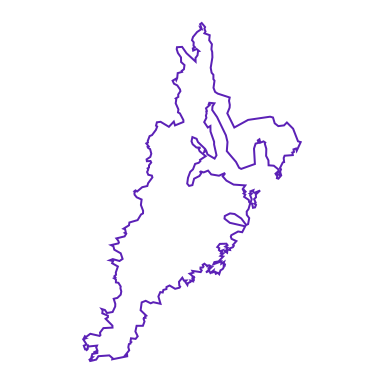 Moskenes nor, Norway
{"feature_id": "86288312B19862201560696", "entity_name": "Moskenes nor", "entity_type": "district", "adm_level": 2, "iso_a3": "NOR", "parent_name": "Norway", "parent_adm1": "", "projection": "albers", "projection_center": [12.984, 67.935], "detail": "fine", "context": "isolated", "style": "outline", "palette": "violet", "viewbox_px": 384, "rotation_deg": 0, "n_neighbors": 0, "source": "geoboundaries", "source_scale": "gbopen_adm2", "svg_char_len": 6011}
<svg xmlns="http://www.w3.org/2000/svg" viewBox="0 0 384 384"><path d="M300.7,142.1L298.0,141.3L293.1,128.7L286.9,122.5L284.0,125.4L278.3,126.1L274.7,123.3L273.0,117.5L270.1,116.7L248.1,119.9L234.3,127.5L227.3,113.3L229.6,107.7L229.8,104.9L229.0,100.8L229.7,97.5L217.7,93.6L215.1,91.9L213.5,87.8L214.5,80.7L213.4,79.2L213.4,74.8L211.6,72.7L210.7,67.8L212.4,57.3L212.2,52.0L211.4,49.3L211.9,44.2L209.2,40.3L209.7,35.2L204.4,33.3L205.5,31.5L204.4,28.7L205.1,27.1L201.7,23.0L200.1,24.2L201.6,28.7L200.5,28.0L201.1,29.3L197.1,32.0L193.0,37.0L192.0,40.2L193.7,42.3L193.5,45.7L194.9,47.2L192.8,48.4L193.2,50.6L196.6,49.0L199.1,51.1L198.0,51.4L197.5,55.3L195.5,58.0L195.6,61.6L186.5,53.2L182.1,46.9L177.0,47.2L176.7,49.2L177.9,53.0L181.0,57.4L181.1,62.0L184.5,65.1L183.9,69.3L181.7,70.9L182.1,71.9L177.7,73.1L177.2,78.0L176.3,80.1L175.8,78.8L172.6,80.7L174.0,83.7L177.3,85.4L180.0,89.4L180.4,91.2L178.2,94.5L178.3,96.9L175.7,98.5L176.3,99.1L175.7,103.3L178.4,109.4L178.0,112.4L179.9,113.4L183.4,120.1L183.4,122.0L175.0,125.4L173.8,121.6L168.9,126.8L160.6,121.8L156.9,122.3L156.0,125.7L157.2,126.5L155.9,129.9L152.0,135.1L149.6,136.1L147.7,141.1L148.0,142.5L146.3,143.4L148.7,146.4L147.6,146.9L148.2,148.0L150.1,149.1L151.3,153.7L150.3,156.9L146.6,159.4L146.9,161.2L150.5,161.0L151.2,162.5L149.0,165.3L149.0,167.6L147.6,168.4L148.2,169.7L147.1,172.0L148.3,174.8L151.9,175.6L152.4,177.4L148.1,183.2L147.3,186.0L142.2,187.2L137.1,191.5L135.5,190.4L134.5,191.2L135.2,191.5L134.4,193.0L134.6,194.7L136.7,197.3L141.6,199.5L140.9,205.0L143.1,210.8L143.0,213.4L141.0,214.5L137.6,220.1L129.4,222.5L129.0,225.3L123.5,228.7L125.1,229.3L125.8,232.4L124.8,232.9L126.2,233.8L124.6,236.4L116.4,238.4L118.2,240.6L118.9,242.5L118.4,243.4L111.0,245.1L113.4,246.3L114.3,249.7L120.7,253.3L122.6,258.9L119.5,261.0L112.8,259.1L109.7,260.3L113.1,261.1L112.1,263.2L117.9,266.5L115.8,272.5L116.0,274.8L114.4,276.2L115.4,277.5L114.0,278.2L115.9,279.5L115.9,282.4L118.4,282.8L120.7,286.5L120.4,288.2L121.3,291.4L120.7,294.7L117.4,297.9L113.7,298.8L115.3,303.9L115.2,306.5L112.6,312.0L107.0,313.0L104.9,310.0L101.7,309.0L102.6,310.3L102.3,313.3L107.9,315.7L107.9,317.3L105.6,318.8L112.4,325.6L112.5,327.6L103.4,328.1L100.0,332.6L100.4,335.2L99.6,335.9L90.3,333.8L86.0,337.0L84.9,336.2L83.8,338.4L85.2,338.6L83.3,339.4L86.6,344.5L83.8,345.7L85.1,349.3L87.1,349.1L86.0,350.7L87.6,349.2L87.9,344.7L88.6,346.5L97.0,345.6L96.2,347.4L97.4,350.6L93.4,352.6L97.3,351.7L97.3,353.0L92.3,354.0L91.5,356.9L92.7,357.1L91.0,358.5L92.3,358.4L89.7,360.0L90.2,361.0L96.2,359.6L98.4,356.2L109.3,355.4L112.6,358.2L112.3,359.3L127.2,356.3L127.1,354.8L125.5,354.9L129.2,350.3L128.3,347.2L128.9,344.1L131.0,343.4L130.3,343.3L131.3,342.1L130.5,341.6L131.0,338.3L135.6,338.9L137.7,336.3L135.4,331.5L136.6,325.8L142.9,325.8L144.5,321.5L143.6,318.9L144.2,318.4L143.1,318.0L145.5,317.8L145.1,316.3L146.3,315.7L140.6,310.2L141.7,302.4L145.7,300.8L150.7,303.3L153.2,302.2L160.5,303.8L158.4,296.5L160.3,292.1L162.7,292.5L163.4,289.9L166.4,289.1L166.5,287.0L169.6,285.5L175.1,288.8L179.5,287.7L180.2,286.7L179.3,285.6L179.0,281.8L182.3,277.7L183.9,280.6L186.3,280.5L185.2,281.7L187.4,285.0L187.9,283.1L190.4,282.0L190.3,280.5L192.9,281.3L192.5,279.3L193.8,279.9L193.8,277.6L194.8,276.7L192.0,277.5L193.2,276.5L189.7,273.7L193.3,272.7L192.4,270.9L200.7,272.1L201.7,270.4L200.4,269.0L200.5,267.5L202.7,267.5L203.5,266.6L202.7,264.8L204.4,263.7L207.3,266.0L207.2,267.3L207.7,265.5L209.3,265.3L210.5,266.0L209.3,267.7L211.4,267.3L206.0,272.4L209.3,270.8L210.4,273.0L213.4,270.6L212.9,272.3L214.8,271.6L216.1,272.3L215.3,272.7L215.8,273.8L217.9,272.8L219.2,274.2L220.5,270.3L222.6,269.1L223.7,267.4L223.7,265.2L224.7,265.6L225.0,264.4L223.6,263.5L224.1,261.9L221.3,263.7L221.5,261.3L213.4,264.3L214.4,262.1L218.6,261.4L223.2,256.5L220.5,255.9L223.4,253.3L221.0,253.2L222.7,250.3L220.3,251.2L218.9,250.1L219.3,248.2L217.3,247.1L219.8,243.9L226.4,243.7L227.5,245.1L225.3,246.6L227.5,247.6L226.5,248.9L227.3,249.6L227.0,251.0L224.1,250.7L227.1,252.7L227.5,249.6L230.1,250.0L229.7,248.4L232.9,247.2L233.8,245.8L233.0,244.9L236.4,241.1L231.6,238.9L230.8,236.7L231.3,235.2L238.1,231.5L242.2,232.2L245.2,226.3L229.8,222.8L224.5,218.6L224.8,216.0L230.0,213.4L234.6,214.0L241.3,218.5L246.2,225.0L248.1,224.1L249.2,218.1L246.8,214.9L246.7,211.5L248.5,209.1L250.1,203.6L252.1,203.6L253.0,207.8L255.0,207.4L256.0,204.9L254.4,203.6L255.7,202.7L254.1,199.1L256.0,197.3L255.8,194.5L260.1,190.5L254.5,192.8L252.8,191.6L253.3,190.2L250.4,191.3L250.7,192.9L250.0,193.4L251.5,193.8L250.1,195.2L251.7,199.1L250.8,201.9L249.2,202.1L248.7,199.9L244.1,196.8L245.3,194.6L243.6,193.5L245.6,191.7L244.7,190.7L244.3,192.2L242.7,189.1L245.3,185.4L233.6,184.6L226.4,180.6L222.7,176.4L224.7,173.9L224.3,173.3L219.0,175.7L211.2,174.4L208.1,170.6L203.7,172.4L200.8,171.5L200.3,171.9L201.2,173.3L199.4,176.0L194.1,178.7L192.4,185.1L189.1,185.9L187.2,183.6L188.0,177.8L190.2,171.9L193.0,169.3L195.1,163.9L198.7,162.8L200.4,161.1L200.0,159.9L205.7,156.2L199.7,151.3L198.5,148.6L200.5,147.6L196.4,147.5L192.7,144.3L191.5,141.3L192.4,137.1L196.6,138.8L197.9,142.0L205.1,148.9L204.1,152.2L206.2,150.7L207.5,154.4L214.6,158.6L216.5,155.3L214.1,144.6L214.1,141.8L210.5,131.5L210.4,126.0L207.8,127.5L204.2,122.1L206.4,117.8L205.9,115.7L206.6,113.3L206.3,111.4L206.9,111.0L206.0,108.3L209.8,104.9L208.7,104.4L209.3,102.8L214.4,103.3L212.5,106.3L212.2,110.0L217.1,117.1L225.9,135.3L227.5,142.0L226.8,151.1L236.0,161.9L239.1,167.8L241.2,168.9L254.9,164.0L254.0,148.6L255.6,143.6L258.7,142.8L257.8,140.4L259.4,139.3L260.2,142.2L259.2,143.1L263.5,141.4L265.3,142.6L264.8,143.7L266.3,148.8L266.1,155.9L268.4,160.3L268.6,165.3L273.8,165.7L278.5,169.5L278.3,171.4L279.8,172.9L279.8,175.3L277.4,174.1L277.4,172.0L275.5,173.7L277.3,176.4L276.9,178.2L278.4,178.7L281.2,175.4L280.1,171.8L281.0,169.3L280.0,168.0L282.8,162.4L284.1,162.1L283.7,158.0L284.6,155.7L292.8,155.1L292.5,152.9L293.4,152.7L293.0,152.6L292.7,152.4L294.0,151.9L293.5,149.4L296.0,148.5L296.7,150.8L300.7,142.1Z" fill="none" stroke="#5b21b6" stroke-width="2"/></svg>